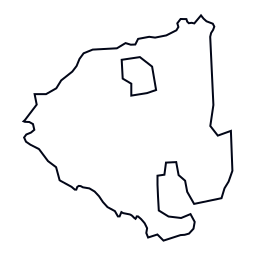 outline of Zala
{"feature_id": "HUN-3159", "entity_name": "Zala", "entity_type": "County", "adm_level": 1, "iso_a3": "HUN", "parent_name": "Hungary", "parent_adm1": "", "projection": "robinson", "projection_center": [16.808, 46.674], "detail": "fine", "context": "isolated", "style": "outline", "palette": "ink", "viewbox_px": 256, "rotation_deg": 0, "n_neighbors": 0, "source": "natural_earth", "source_scale": "10m", "svg_char_len": 1534}
<svg xmlns="http://www.w3.org/2000/svg" viewBox="0 0 256 256"><path d="M74.8,189.6L71.5,186.8L61.0,181.1L59.6,180.2L56.1,167.2L48.0,161.1L39.0,149.1L30.4,144.7L26.0,141.7L25.0,139.5L24.1,137.5L26.3,134.5L30.9,132.6L32.4,131.4L34.3,129.8L33.0,124.1L29.3,122.0L24.8,121.8L23.6,121.3L24.9,120.1L36.7,104.6L34.6,94.1L46.1,94.1L56.3,88.3L61.2,80.4L72.3,71.6L76.6,66.0L79.5,58.9L83.6,53.3L92.7,49.6L116.9,48.3L125.5,43.1L130.8,44.7L135.3,44.5L138.1,38.9L149.2,36.8L155.1,37.6L166.3,35.4L176.4,30.3L178.4,27.0L177.3,23.3L180.6,19.0L186.4,19.1L187.2,21.6L188.8,23.2L191.6,22.8L194.3,23.4L201.0,15.4L203.5,18.6L206.5,21.3L212.8,23.7L214.3,26.6L213.1,29.9L211.1,33.0L210.2,36.8L213.4,105.0L210.3,126.0L217.8,135.6L230.9,130.9L232.4,170.8L228.6,181.6L224.5,188.3L221.5,198.2L194.1,203.9L187.2,191.8L185.1,180.7L178.6,175.1L176.2,162.1L166.0,162.6L164.4,174.7L157.5,175.7L157.5,184.7L158.0,196.3L158.8,210.5L168.5,216.5L181.1,218.0L190.5,214.1L194.7,221.9L193.5,228.7L189.0,233.6L184.7,234.8L180.5,235.1L163.5,240.6L157.4,234.5L148.1,237.5L146.3,233.0L147.1,228.2L144.7,223.3L143.3,221.6L141.1,219.1L138.0,216.4L136.7,216.4L136.2,217.8L135.5,218.8L133.9,217.6L132.8,216.4L131.8,215.5L130.7,214.8L129.7,214.4L123.1,213.1L121.4,212.1L119.6,216.4L117.9,216.4L114.9,211.1L107.5,207.1L102.9,202.0L99.0,196.2L94.6,191.5L89.4,188.4L82.9,187.3L80.7,186.1L78.8,185.9L77.3,186.9L76.3,189.6L74.8,189.6ZM131.3,95.6L147.0,93.1L156.1,90.0L152.1,66.6L139.9,57.1L121.7,59.8L122.7,78.6L131.3,83.7L131.3,95.6Z" fill="none" stroke="#020617" stroke-width="2"/></svg>